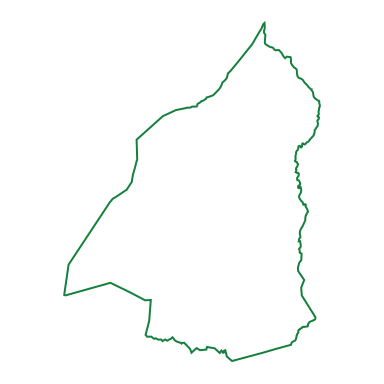 Chalchihuitán, Chiapas, Mexico
{"feature_id": "50627088B30543908012304", "entity_name": "Chalchihuitán", "entity_type": "district", "adm_level": 2, "iso_a3": "MEX", "parent_name": "Mexico", "parent_adm1": "Chiapas", "projection": "equal_earth", "projection_center": [-92.579, 17.033], "detail": "fine", "context": "isolated", "style": "outline", "palette": "green", "viewbox_px": 384, "rotation_deg": 0, "n_neighbors": 0, "source": "geoboundaries", "source_scale": "gbopen_adm2", "svg_char_len": 6011}
<svg xmlns="http://www.w3.org/2000/svg" viewBox="0 0 384 384"><path d="M318.6,111.1L318.9,110.4L319.1,108.0L319.3,107.3L319.8,106.8L319.7,104.6L319.2,102.8L319.3,101.8L319.2,101.2L318.8,100.7L318.0,100.6L317.3,100.1L316.2,99.2L315.6,98.9L315.2,98.5L314.4,97.7L313.8,96.9L313.5,95.8L313.3,94.4L313.2,93.7L313.1,92.8L312.7,91.7L312.0,90.9L311.6,90.2L311.7,89.4L310.9,89.3L308.8,87.2L308.1,86.5L307.2,85.2L304.6,82.6L303.8,81.5L303.1,80.3L302.3,79.5L301.4,78.9L300.5,78.4L299.4,78.2L298.4,77.5L297.7,76.5L297.4,76.0L297.2,74.8L297.2,74.3L296.9,73.0L296.9,71.0L296.7,69.9L296.3,69.1L295.6,68.4L295.2,68.1L293.7,67.2L293.2,66.3L292.8,65.7L292.4,65.5L291.9,64.7L291.0,62.9L290.9,61.8L291.0,60.9L291.0,59.9L290.8,58.1L290.5,57.1L289.7,57.1L288.1,56.8L286.7,56.7L285.2,58.2L283.9,57.0L282.6,54.8L281.8,53.2L280.3,51.6L278.8,50.0L275.5,50.3L274.2,49.5L273.3,48.0L272.1,47.4L269.9,46.9L267.2,45.3L265.6,44.2L265.0,43.4L264.8,42.5L265.4,34.8L264.8,33.9L264.1,33.0L264.0,30.8L264.6,29.1L264.7,26.6L264.5,23.0L263.4,24.0L262.8,25.4L262.5,25.9L261.8,27.9L261.4,28.7L261.0,29.2L260.5,30.1L259.7,31.3L258.3,33.8L255.7,38.1L252.3,44.1L250.7,46.1L246.8,50.9L238.1,61.8L230.2,71.3L227.8,73.5L227.5,75.5L226.6,78.3L224.5,80.8L222.5,82.3L221.3,85.7L219.3,89.0L216.3,92.1L213.2,95.2L210.2,96.4L206.5,97.5L206.3,98.4L205.7,99.0L204.6,99.7L203.4,100.6L201.8,101.1L201.1,101.4L200.8,101.9L199.6,102.8L197.8,103.7L197.6,104.0L197.3,104.9L197.2,105.6L196.8,106.4L196.1,106.6L192.0,106.6L191.3,107.1L190.0,107.7L188.1,107.7L187.2,107.6L186.7,107.7L186.2,108.0L175.9,110.1L162.8,116.2L136.6,139.7L137.2,159.6L136.4,161.8L135.9,164.1L133.8,171.8L133.0,174.3L131.7,182.1L126.4,190.1L125.4,190.5L120.6,193.8L119.2,194.7L116.7,196.4L113.0,198.6L112.3,199.3L111.7,199.9L111.6,200.3L109.9,202.2L68.6,264.6L64.2,294.9L65.5,295.4L66.2,295.2L110.4,282.8L131.7,293.2L145.1,300.3L150.8,300.0L149.2,320.9L145.6,334.9L146.1,335.2L147.0,336.7L151.3,336.7L154.1,338.8L154.5,338.8L155.0,338.6L155.4,338.5L155.6,338.3L156.0,338.4L157.9,339.5L158.4,339.6L158.7,339.6L159.3,339.6L159.9,339.5L160.5,339.5L161.3,339.6L162.5,341.1L165.1,339.5L165.7,339.8L166.1,340.0L166.4,340.2L166.5,340.3L167.2,340.7L167.7,340.5L169.1,339.5L169.5,339.4L169.9,339.2L170.4,339.1L170.6,338.9L170.9,338.8L171.2,338.5L171.5,338.1L172.5,337.3L173.4,338.3L173.8,338.9L174.1,339.3L174.3,339.7L174.5,340.0L174.8,340.3L175.1,340.5L175.5,340.7L176.2,341.3L176.6,341.5L177.0,341.6L177.8,341.9L178.8,342.3L179.7,342.6L180.6,342.6L181.5,343.6L182.6,342.8L184.2,342.8L188.1,346.8L190.1,349.0L191.5,352.7L196.6,348.1L200.0,350.2L206.3,349.6L207.0,347.0L214.7,348.3L219.7,353.0L221.4,350.6L223.0,352.8L224.1,352.4L224.0,350.8L225.3,350.2L226.8,356.5L232.0,361.0L262.6,352.8L276.7,348.7L291.0,344.8L291.1,344.4L291.3,343.6L291.5,343.0L291.8,342.6L292.2,342.1L293.5,341.3L294.2,341.0L295.4,340.3L295.7,339.6L295.9,339.1L296.4,337.3L296.5,336.6L296.5,335.9L296.9,335.1L297.1,334.8L297.1,334.4L297.3,333.8L297.8,333.4L298.4,332.6L298.3,331.7L298.3,331.2L298.5,330.1L299.0,329.7L299.3,329.7L299.6,329.6L300.0,329.4L300.0,329.0L300.6,328.6L301.3,328.1L301.9,327.9L302.1,327.3L302.7,327.2L302.9,326.9L304.1,326.8L304.5,326.9L305.3,326.8L305.9,326.5L306.4,326.5L306.9,326.4L307.5,326.5L307.9,325.9L307.9,325.5L308.0,324.8L308.0,324.5L308.3,323.7L308.7,323.2L309.1,322.5L309.6,322.0L310.1,321.8L310.7,321.4L312.2,320.9L312.6,320.7L313.2,320.3L314.2,320.0L314.7,319.7L315.2,319.2L315.3,318.9L315.4,318.6L315.4,318.1L315.4,317.4L315.3,317.0L301.8,295.5L301.2,287.6L304.2,280.0L298.1,271.0L297.9,268.5L298.1,267.3L298.2,266.6L298.5,265.7L298.8,264.3L299.0,263.6L299.5,262.4L300.0,261.7L300.2,261.4L301.2,260.3L301.4,259.5L301.3,258.8L301.4,257.3L301.5,256.0L301.5,253.5L300.3,253.0L299.7,252.5L299.8,251.9L299.8,251.2L299.6,250.5L299.1,249.5L299.2,248.8L299.5,248.2L300.2,247.8L300.5,247.2L300.7,246.1L300.8,245.1L300.4,243.3L300.3,242.2L299.8,241.8L299.9,241.2L299.4,241.2L298.8,241.2L299.0,240.7L299.1,239.9L299.0,239.1L299.7,238.1L300.4,237.3L300.4,236.2L300.3,235.6L300.1,235.2L299.9,234.5L299.8,233.3L299.9,231.7L300.3,230.5L300.9,228.8L302.3,226.7L302.8,225.8L303.4,224.5L303.9,223.4L304.3,222.6L304.8,221.3L305.3,220.4L305.3,218.7L305.4,217.5L305.6,216.1L306.7,213.8L307.1,212.7L308.0,211.8L307.5,209.9L306.8,208.4L305.6,206.4L305.7,205.6L305.7,204.5L305.1,204.2L304.5,204.3L304.0,204.8L303.5,204.8L303.1,203.9L302.9,203.1L302.7,202.3L302.2,202.0L301.7,201.4L301.3,200.9L300.9,200.6L300.4,199.6L299.7,198.7L299.3,197.8L299.0,196.8L299.5,195.0L300.7,193.0L301.1,191.7L301.2,190.0L300.7,187.4L300.5,186.9L300.1,186.9L299.7,187.4L299.3,188.1L298.8,188.1L298.3,187.9L298.1,187.3L298.1,186.6L298.2,186.1L298.6,185.6L299.4,185.4L300.0,184.6L300.1,183.7L300.0,182.7L299.3,181.2L298.7,180.3L297.9,180.2L297.3,180.0L297.2,179.2L297.1,178.5L297.2,177.9L297.7,177.1L298.1,176.4L298.6,175.8L298.7,175.3L298.8,174.6L298.7,173.7L298.2,172.9L297.3,173.0L296.7,172.7L296.4,172.4L295.7,172.2L296.2,171.0L296.4,170.0L296.0,169.7L296.1,168.6L296.2,167.9L296.8,167.3L297.8,165.2L298.0,164.0L297.2,163.1L296.7,161.9L295.9,161.8L295.1,161.4L294.9,160.8L295.3,160.3L295.6,159.2L295.5,157.0L295.5,155.8L295.8,154.9L296.0,154.0L296.1,153.2L296.1,152.2L296.3,151.7L296.8,150.8L297.5,150.1L297.9,149.6L298.3,148.1L298.3,146.9L298.6,146.4L299.3,145.8L299.7,145.8L300.0,146.0L300.2,146.5L300.7,147.3L301.4,147.3L302.0,146.5L302.2,144.0L302.4,143.7L302.6,143.4L302.9,143.4L303.2,143.5L303.6,143.9L304.2,144.4L304.8,144.4L305.2,144.2L305.9,143.4L306.4,142.8L306.9,142.3L307.6,142.1L308.6,141.4L309.3,140.3L309.8,139.8L310.4,138.9L311.3,138.0L312.3,136.9L313.1,136.1L313.8,135.0L313.9,134.1L314.3,133.5L314.7,131.5L314.6,130.5L314.9,129.8L315.3,129.4L315.7,128.9L316.2,127.9L316.7,127.1L317.5,126.2L317.8,125.0L317.9,123.7L317.8,122.9L317.6,122.2L317.4,121.4L317.4,120.8L317.7,120.3L317.8,119.9L318.2,119.8L318.7,119.0L318.9,118.0L318.9,117.3L318.6,117.0L318.3,116.8L317.7,116.7L317.4,116.1L317.8,115.5L318.4,115.0L318.8,114.4L318.7,113.9L318.8,113.5L318.5,112.3L318.6,111.1Z" fill="none" stroke="#15803d" stroke-width="2"/></svg>